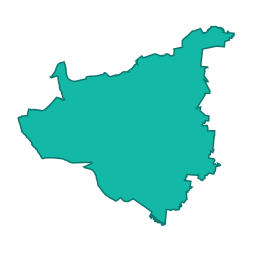 Tacotalpa, Tabasco, Mexico (Natural Earth projection), rotated 88°
{"feature_id": "50627088B19731547839915", "entity_name": "Tacotalpa", "entity_type": "district", "adm_level": 2, "iso_a3": "MEX", "parent_name": "Mexico", "parent_adm1": "Tabasco", "projection": "natural_earth1", "projection_center": [-92.714, 17.516], "detail": "fine", "context": "isolated", "style": "filled", "palette": "teal", "viewbox_px": 256, "rotation_deg": 88, "n_neighbors": 0, "source": "geoboundaries", "source_scale": "gbopen_adm2", "svg_char_len": 5690}
<svg xmlns="http://www.w3.org/2000/svg" viewBox="0 0 256 256"><g transform="rotate(88 128 128)"><path d="M124.6,234.9L126.1,234.3L127.8,234.3L130.2,232.2L132.7,229.7L133.7,229.7L133.7,229.3L134.6,228.2L137.5,226.1L139.1,224.6L139.6,224.5L140.2,224.7L140.8,224.4L141.1,224.7L141.4,224.5L142.8,223.6L144.6,221.6L145.2,220.6L145.7,220.9L146.7,219.7L149.5,218.4L152.6,216.2L153.2,215.9L153.7,216.0L153.8,215.7L155.0,215.1L155.0,214.9L155.6,214.2L155.0,211.9L154.9,210.9L155.2,202.9L156.0,197.6L156.4,195.9L156.3,195.2L156.6,194.7L156.4,194.2L156.6,193.5L157.3,192.8L158.4,190.1L159.8,187.8L160.9,185.1L160.9,170.8L161.1,169.1L160.7,165.7L161.4,165.4L162.0,165.6L165.3,172.8L165.4,173.5L166.1,172.5L168.0,166.3L169.1,164.8L171.1,163.1L175.1,161.4L177.0,161.3L180.8,160.3L184.2,159.9L185.1,159.4L187.0,157.7L188.4,157.1L191.2,155.0L194.2,152.6L195.5,150.2L196.2,149.7L197.5,147.8L199.3,144.6L200.1,143.7L200.5,142.8L200.3,141.9L197.3,137.8L200.5,135.1L201.0,134.2L201.4,132.2L201.5,130.8L201.4,130.2L198.9,125.4L200.8,122.6L212.6,107.0L217.1,109.4L217.4,108.9L218.3,108.5L219.1,107.9L219.1,107.6L218.1,107.5L216.8,107.9L216.1,107.5L215.9,106.8L216.0,106.5L216.6,106.7L217.3,106.6L217.3,106.3L216.7,105.7L217.7,104.9L218.6,105.7L219.1,104.9L219.4,104.8L219.7,105.6L220.1,105.6L220.2,105.0L218.8,103.6L218.8,103.4L219.7,103.3L220.8,104.1L221.0,103.4L221.3,104.2L221.8,104.1L222.1,104.4L222.3,104.4L222.2,103.1L221.1,102.3L220.7,101.6L221.7,100.9L222.8,100.9L222.9,102.1L223.4,101.8L223.7,101.0L223.6,100.1L222.2,100.1L222.1,99.7L223.9,99.0L223.5,97.9L223.5,97.3L224.9,97.3L225.1,97.5L225.1,97.9L225.3,98.0L226.3,97.3L226.4,96.7L226.1,95.7L225.7,95.4L225.0,95.5L224.6,95.1L225.3,94.8L225.6,94.4L224.3,93.9L223.4,94.5L223.1,94.0L210.8,92.4L211.0,89.6L211.8,88.9L211.9,88.5L210.8,85.5L210.9,84.5L211.6,83.8L211.8,82.9L211.2,81.3L211.5,80.3L211.1,79.8L209.5,79.0L209.2,79.0L208.9,79.8L208.7,79.9L208.2,78.9L208.4,77.5L207.8,77.1L207.0,77.1L206.4,77.4L206.4,77.8L207.3,78.9L207.2,79.2L206.8,79.1L205.8,78.1L204.4,77.4L203.9,76.9L203.8,76.4L204.1,75.5L204.7,74.9L203.4,73.5L202.4,73.3L201.3,71.6L194.1,72.0L194.3,71.5L194.1,70.6L193.4,70.9L192.7,69.4L192.1,68.9L191.1,68.7L190.5,68.1L190.5,67.4L189.3,66.0L188.9,68.1L183.5,67.0L182.4,73.4L181.7,73.2L181.9,72.3L178.7,71.9L178.9,71.1L176.6,70.7L177.7,59.2L180.5,59.7L180.4,59.2L180.9,58.8L181.4,57.9L182.5,56.8L182.9,56.0L183.0,55.3L182.0,54.4L181.6,53.8L180.8,53.2L180.6,52.7L178.3,53.0L177.8,51.7L178.0,51.1L177.8,50.3L175.8,49.0L176.7,45.4L176.9,44.0L176.7,43.7L176.2,43.7L176.1,43.4L175.0,43.3L174.6,42.7L174.1,42.4L173.6,42.4L171.9,41.8L170.7,42.1L170.1,41.9L169.0,38.7L168.9,37.4L168.5,37.0L167.7,37.3L166.4,39.5L167.0,39.3L167.7,39.4L168.1,40.0L168.1,40.5L167.1,41.6L167.2,41.9L167.0,42.2L167.3,42.5L166.8,43.8L166.6,44.0L165.9,44.1L163.6,42.4L162.9,42.8L162.2,42.8L161.8,43.7L160.8,48.4L158.1,48.0L157.5,47.7L157.6,46.8L153.9,46.1L155.5,44.1L152.4,43.0L151.9,43.9L140.9,42.4L138.8,42.1L138.8,41.8L133.8,41.5L133.5,48.6L131.8,48.2L130.0,48.4L129.5,48.7L128.3,48.6L128.2,53.8L125.7,52.9L125.9,51.4L125.0,51.4L125.1,50.7L123.4,50.5L123.7,47.1L118.8,46.7L118.5,49.7L113.4,55.3L109.5,54.7L110.7,58.7L97.5,49.8L96.1,50.2L96.2,45.2L94.0,44.8L82.0,50.6L81.8,50.6L82.4,49.9L84.2,48.6L84.4,47.9L84.5,46.4L83.2,47.0L78.0,50.4L74.0,49.1L71.9,49.6L71.3,48.8L70.5,48.2L70.4,46.2L69.8,46.6L69.0,53.2L68.8,53.2L51.7,50.7L49.3,36.7L50.2,28.9L44.9,28.2L43.7,23.7L42.9,23.7L42.3,24.0L41.5,22.9L42.0,21.8L42.0,21.2L41.2,20.9L39.9,20.9L40.3,19.8L38.9,19.6L38.9,18.8L38.3,18.7L38.1,19.1L37.1,18.7L36.4,23.9L36.4,24.7L35.2,24.3L34.8,25.0L36.9,25.7L35.7,29.9L34.5,28.5L33.6,29.2L33.9,29.5L33.6,30.0L32.9,29.1L32.2,29.8L32.6,30.3L31.8,31.1L31.6,30.8L30.9,31.6L31.6,32.4L30.8,33.2L31.2,33.7L30.7,34.7L31.0,35.0L30.6,35.5L30.4,35.3L29.7,36.6L29.6,41.5L31.0,41.5L31.5,43.1L32.0,43.0L32.4,44.5L33.2,44.2L33.5,44.9L34.1,45.5L34.6,45.2L35.9,48.0L35.3,48.3L35.9,49.7L31.2,52.1L33.6,58.9L33.3,60.2L38.4,65.7L39.7,67.7L42.3,70.6L49.2,70.9L50.7,79.4L51.6,78.9L57.0,79.7L57.5,81.7L57.3,83.1L55.8,84.9L55.3,86.6L55.5,87.5L57.0,89.7L57.2,91.1L56.6,91.4L57.2,92.8L55.0,97.7L55.1,99.3L58.4,110.1L56.5,111.7L59.6,115.8L60.0,116.3L60.4,116.4L60.4,116.8L60.7,117.1L60.9,117.6L61.4,117.6L61.6,116.9L62.0,116.5L62.4,116.6L62.2,116.8L62.4,117.5L63.2,117.2L63.9,116.5L64.5,116.3L64.1,116.8L64.8,118.8L66.2,119.9L66.5,119.9L68.0,121.4L68.9,122.3L71.2,125.9L72.0,125.3L71.7,130.5L72.8,132.4L73.3,132.8L74.3,134.9L74.8,135.3L74.6,136.6L74.6,137.9L75.2,138.0L75.0,140.3L75.8,142.3L76.0,144.0L75.5,145.4L72.4,148.3L72.0,149.7L73.1,150.4L73.6,151.2L74.1,154.3L74.6,155.6L75.0,158.9L75.0,163.8L75.2,166.2L75.6,167.6L75.8,168.0L77.7,168.3L78.0,168.5L77.8,169.9L78.0,171.3L79.5,178.9L79.5,180.4L79.2,181.8L78.0,184.4L76.1,186.5L71.8,187.8L66.1,188.0L62.8,188.7L59.8,189.6L60.9,194.4L62.3,195.9L63.3,196.4L65.2,197.4L68.2,198.5L69.6,199.3L73.3,202.1L74.3,203.8L74.6,203.6L75.2,202.2L74.4,201.7L74.5,200.8L74.2,200.1L74.2,199.3L73.5,198.3L73.6,197.5L74.2,196.1L77.0,196.0L78.8,195.8L83.0,195.0L84.1,194.6L84.5,195.0L86.6,194.8L88.5,193.9L89.9,192.8L90.8,193.2L92.2,192.6L94.8,192.0L96.7,190.7L97.0,190.8L97.6,190.4L97.9,191.0L97.6,191.3L97.7,192.3L97.0,192.6L97.4,193.2L97.0,193.7L96.7,193.4L96.3,194.2L96.0,195.0L96.1,195.4L95.4,196.2L95.4,197.4L95.1,197.7L94.9,198.4L100.4,203.3L103.4,206.4L103.7,206.4L104.2,207.4L104.4,208.1L105.3,208.3L105.6,208.6L105.9,209.7L106.7,210.2L107.5,212.0L107.7,213.4L106.9,216.8L106.5,219.9L106.1,221.7L106.5,222.2L106.5,223.5L105.7,226.5L109.5,227.7L112.1,227.9L112.3,228.4L112.1,229.5L112.7,232.9L112.3,233.3L112.3,233.7L113.6,234.9L113.5,236.4L113.8,237.0L114.1,237.3L115.9,237.1L122.2,235.3L124.6,234.9Z" fill="#14b8a6" stroke="#0f766e" stroke-width="1.5"/></g></svg>